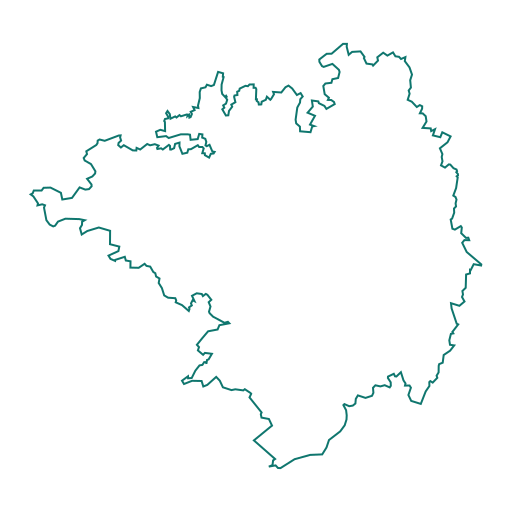 Ennis Lea-7, Clare, Ireland (Mercator projection)
{"feature_id": "5873133B50268153868150", "entity_name": "Ennis Lea-7", "entity_type": "district", "adm_level": 2, "iso_a3": "IRL", "parent_name": "Ireland", "parent_adm1": "Clare", "projection": "mercator", "projection_center": [-8.994, 52.844], "detail": "fine", "context": "isolated", "style": "outline", "palette": "teal", "viewbox_px": 512, "rotation_deg": 0, "n_neighbors": 0, "source": "geoboundaries", "source_scale": "gbopen_adm2", "svg_char_len": 5986}
<svg xmlns="http://www.w3.org/2000/svg" viewBox="0 0 512 512"><path d="M322.2,454.4L326.5,447.5L329.0,440.0L340.2,431.4L344.7,425.3L346.5,419.5L346.7,415.3L346.1,410.2L343.4,405.1L344.4,404.1L349.2,406.2L352.8,405.6L355.4,403.5L355.8,398.9L357.9,395.4L365.5,397.9L372.0,395.8L373.4,392.8L373.0,387.8L375.4,385.3L380.4,386.4L384.7,385.2L389.7,387.4L390.8,385.8L390.7,382.3L387.9,378.0L388.0,376.6L393.8,373.8L395.0,376.3L396.4,376.5L400.9,372.2L403.5,380.4L405.5,383.4L405.0,385.6L409.5,385.5L410.9,387.7L408.4,395.0L411.2,400.9L420.8,403.9L425.7,391.4L429.4,386.0L429.3,382.1L430.3,381.1L432.7,382.6L437.3,377.8L436.6,375.7L438.6,372.4L438.7,365.8L439.2,364.1L442.7,362.7L443.7,355.0L450.1,350.7L454.2,345.4L450.0,344.8L449.3,340.3L450.9,333.9L453.3,333.4L452.4,331.9L458.2,324.4L456.7,323.7L451.6,308.4L451.0,303.2L459.4,305.8L464.5,301.5L462.0,297.0L463.0,294.5L462.4,291.0L465.7,287.8L466.1,274.5L470.0,273.4L470.0,269.8L470.7,270.1L473.7,264.2L481.1,265.5L481.3,264.4L466.7,252.0L462.2,242.8L464.4,240.1L469.2,240.2L468.3,237.7L466.0,237.9L461.2,233.2L461.8,227.5L460.8,226.1L454.9,229.6L452.4,228.7L450.7,219.5L452.1,218.6L454.2,212.7L454.0,208.5L456.0,206.5L455.6,203.3L456.5,199.6L455.5,197.0L453.3,195.6L456.1,188.1L457.7,177.4L456.7,176.3L458.0,175.3L457.9,174.0L456.3,172.2L457.1,171.2L456.5,169.5L453.5,168.2L450.3,164.6L448.8,164.4L445.0,167.6L441.0,165.4L442.5,161.3L441.7,157.0L442.4,154.1L439.9,148.3L447.5,142.3L450.6,136.4L442.3,132.3L440.3,137.2L432.9,135.4L435.0,129.2L431.2,131.1L430.7,128.4L422.6,127.9L426.5,121.5L425.7,116.2L422.7,113.4L419.9,113.3L422.1,108.7L422.2,106.3L419.8,105.1L416.8,107.0L411.8,101.7L407.7,99.8L409.6,93.7L408.7,90.5L410.9,87.6L410.2,80.2L412.0,74.6L409.5,67.4L404.8,61.1L405.4,57.1L401.0,59.0L399.0,56.8L395.4,56.3L393.0,52.4L387.4,55.6L383.2,52.7L377.3,57.3L378.0,60.6L373.1,65.6L372.4,64.4L366.5,63.6L363.9,58.1L364.5,56.9L360.5,51.4L352.1,51.9L348.7,54.8L346.7,46.8L346.9,43.9L343.0,43.9L331.6,53.7L326.7,53.8L324.3,55.6L319.3,59.5L319.4,61.8L322.0,66.1L323.7,66.9L332.4,63.9L338.9,69.8L339.6,72.0L338.1,78.0L332.4,79.2L331.4,82.8L325.4,83.5L323.3,86.0L324.7,94.2L328.9,97.7L327.9,99.9L331.2,100.0L334.0,102.0L334.7,104.1L326.4,108.9L324.4,105.9L318.9,103.2L318.3,101.4L311.9,100.5L312.8,106.6L307.6,112.7L315.0,115.8L310.0,124.6L314.1,126.1L312.2,126.5L310.5,132.2L300.1,131.3L299.9,126.6L296.2,123.4L295.6,119.7L297.3,107.5L300.0,102.6L300.3,99.2L302.7,96.5L300.6,93.1L296.9,95.0L292.2,88.5L288.5,85.6L285.5,87.2L281.3,92.5L273.1,91.9L274.0,94.2L271.1,99.0L270.3,99.8L266.9,96.7L265.8,99.8L261.7,101.7L261.3,104.4L260.6,104.5L258.8,104.5L258.5,102.3L256.8,101.0L256.9,99.3L255.9,99.3L256.3,89.2L255.6,87.8L253.6,87.8L253.7,84.4L249.5,84.5L247.9,86.2L245.5,85.8L239.7,88.6L239.2,90.8L237.2,91.7L237.4,95.0L234.5,95.5L234.1,96.8L235.4,102.2L231.3,104.6L232.2,106.7L229.0,110.9L228.3,115.3L225.9,115.5L222.3,109.3L224.3,107.7L223.2,105.4L226.0,103.6L227.2,99.8L225.9,97.8L226.7,96.8L226.1,95.8L225.1,97.0L222.2,93.9L221.5,90.3L221.6,84.6L223.6,77.1L222.8,76.8L223.1,73.3L218.1,71.9L213.9,85.0L211.1,86.1L206.9,84.7L205.5,87.3L200.9,88.4L199.7,92.0L199.8,98.1L198.0,105.6L198.4,108.0L193.1,107.0L194.6,110.1L190.7,111.8L191.9,114.0L190.6,117.1L189.4,117.6L189.1,114.8L187.5,116.1L187.8,114.6L186.7,114.5L180.9,116.3L179.5,115.1L176.5,117.5L175.2,116.4L170.5,118.7L169.8,114.1L167.5,111.0L166.1,113.2L168.2,116.8L168.2,118.3L165.0,119.0L164.2,121.0L164.9,122.0L165.1,131.1L160.3,129.8L156.0,131.7L157.3,137.2L166.1,136.1L168.7,138.0L180.9,134.3L187.5,134.3L190.0,134.7L190.6,139.8L197.7,139.1L199.2,133.9L202.4,134.4L202.2,137.6L205.3,138.8L206.3,141.9L205.5,145.4L206.7,146.2L209.5,144.8L212.3,151.4L214.6,151.9L213.6,153.5L210.8,153.8L209.1,157.6L204.9,155.2L204.8,153.3L202.3,153.2L203.7,148.4L202.4,147.0L199.1,147.0L197.8,145.2L190.9,149.2L188.3,149.3L187.3,152.7L182.4,153.8L179.4,146.3L179.5,142.6L175.1,143.9L174.1,148.2L171.1,149.6L170.2,149.5L170.0,145.9L168.9,144.9L162.8,149.5L161.1,148.3L157.4,149.0L157.0,147.9L158.6,145.6L154.8,144.2L150.1,145.3L147.2,144.0L140.2,149.5L136.6,147.9L136.3,150.5L132.8,150.4L123.8,145.2L120.9,147.5L118.2,145.1L118.6,142.9L121.1,140.6L120.1,137.4L120.6,135.4L118.8,135.5L104.7,140.8L99.6,139.5L97.7,140.6L97.5,143.2L96.3,145.0L86.3,151.3L87.0,154.1L83.7,158.0L84.7,160.5L91.0,164.1L95.4,171.3L95.1,173.5L92.3,176.5L87.1,178.8L91.5,184.5L91.6,186.3L89.0,189.1L85.3,189.6L79.6,187.4L72.0,197.9L62.3,199.5L60.9,192.8L50.5,187.6L43.6,187.8L41.6,190.5L33.8,190.5L32.7,193.3L30.7,194.4L33.4,196.4L38.0,203.4L37.5,205.4L42.2,204.3L45.0,205.3L44.0,207.6L46.4,220.2L49.7,224.6L53.2,226.4L55.1,225.7L58.0,221.6L65.4,218.7L79.3,219.1L84.7,220.2L82.1,221.7L82.0,224.9L80.0,228.2L81.7,234.5L87.3,231.0L98.8,227.5L110.1,230.8L110.0,244.2L119.3,246.6L118.4,251.1L108.5,255.6L110.5,258.9L115.1,260.9L115.2,259.9L124.8,256.8L125.8,260.5L130.5,261.3L130.4,267.6L138.7,267.8L144.6,263.8L146.5,265.9L150.2,266.6L153.3,272.0L155.3,273.2L156.1,276.5L159.5,278.5L158.7,283.0L161.9,288.1L164.2,295.4L168.1,297.7L175.3,298.2L176.2,300.4L175.7,302.3L182.0,305.1L188.8,311.0L189.5,309.0L189.0,307.4L191.8,305.4L191.0,303.4L192.6,300.3L194.5,301.2L192.0,295.8L196.7,293.3L201.8,294.0L202.9,296.1L205.8,293.9L207.4,294.8L211.3,299.8L208.7,302.2L210.5,306.5L209.0,311.7L209.6,313.2L213.1,316.7L224.5,322.8L227.9,321.8L229.3,323.3L219.4,325.2L217.6,329.5L208.1,331.3L202.5,337.9L196.9,344.8L199.0,347.1L197.9,350.4L203.1,354.8L204.9,352.9L211.9,353.8L208.6,359.4L207.0,360.0L206.4,363.8L205.9,362.1L204.2,362.1L202.4,364.9L199.5,365.4L195.4,370.6L191.7,378.0L188.1,378.3L188.0,376.3L182.0,380.7L184.0,384.0L192.1,380.8L201.6,381.0L203.3,386.5L207.3,384.9L216.2,376.9L219.8,380.7L222.9,387.3L231.5,390.1L235.3,389.3L243.3,390.4L244.8,389.2L250.5,393.0L251.2,393.8L249.5,397.4L261.6,412.5L260.8,414.2L261.5,417.6L268.9,419.0L272.0,425.6L253.9,440.4L275.1,459.0L273.1,460.4L272.5,465.1L268.8,466.6L275.6,465.4L278.0,468.0L280.5,468.1L294.6,459.2L310.2,454.9L322.2,454.4Z" fill="none" stroke="#0f766e" stroke-width="2"/></svg>